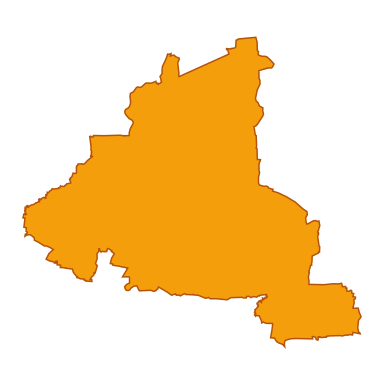 Kota Tangerang, Banten, Indonesia
{"feature_id": "22746128B7613374511026", "entity_name": "Kota Tangerang", "entity_type": "district", "adm_level": 2, "iso_a3": "IDN", "parent_name": "Indonesia", "parent_adm1": "Banten", "projection": "robinson", "projection_center": [106.652, -6.177], "detail": "fine", "context": "isolated", "style": "filled", "palette": "amber", "viewbox_px": 384, "rotation_deg": 0, "n_neighbors": 0, "source": "geoboundaries", "source_scale": "gbopen_adm2", "svg_char_len": 5912}
<svg xmlns="http://www.w3.org/2000/svg" viewBox="0 0 384 384"><path d="M255.8,37.3L238.2,39.0L237.8,39.6L236.1,40.2L235.7,47.1L234.4,48.1L231.1,48.5L230.8,49.0L226.5,48.6L226.6,49.6L227.7,49.8L228.9,54.1L179.1,76.6L178.7,76.0L178.9,73.0L177.7,63.0L179.3,59.1L179.1,58.1L175.8,56.8L174.0,55.1L170.3,55.9L170.9,54.9L170.5,54.8L170.9,53.6L169.2,54.3L167.6,54.1L166.5,57.8L162.4,66.7L162.0,70.9L162.1,73.6L160.0,76.5L161.2,80.0L161.0,80.8L161.6,81.9L161.3,82.2L160.0,83.3L158.8,83.5L158.5,84.1L158.0,83.5L157.4,83.9L157.2,83.2L156.3,83.1L155.9,81.3L151.6,83.1L145.8,83.1L141.5,87.0L139.9,87.4L137.6,87.0L136.5,87.5L133.4,91.8L130.4,93.4L130.0,96.3L130.6,102.0L130.3,104.3L129.1,107.0L127.9,108.2L125.7,109.4L124.8,111.3L125.0,113.2L126.0,114.9L129.1,118.6L131.9,120.1L133.1,121.7L133.2,123.3L130.5,128.2L129.9,130.0L129.3,132.4L129.1,135.6L124.6,135.7L124.4,136.1L123.6,135.6L121.3,135.6L121.0,135.2L103.2,135.7L93.4,135.5L93.4,136.8L91.4,137.0L90.7,136.2L89.7,136.5L91.0,146.1L91.0,150.5L91.6,151.4L91.7,152.2L91.3,152.7L91.5,155.4L90.9,155.3L90.7,156.4L92.2,156.7L87.5,160.5L84.6,163.7L82.9,164.3L82.0,163.8L78.1,164.0L77.4,165.6L76.6,166.0L76.4,167.0L76.4,173.0L75.3,173.5L73.1,173.1L72.0,176.5L70.4,178.0L70.6,178.9L69.6,179.1L69.9,180.7L70.8,182.2L70.6,183.0L66.6,183.9L66.0,185.0L65.3,185.1L64.0,186.6L62.2,186.2L61.2,186.4L60.5,185.9L59.8,187.6L58.6,187.8L58.6,188.4L53.2,189.1L52.2,188.6L51.3,190.2L49.6,191.1L48.5,192.6L47.8,192.9L47.3,192.4L46.9,195.0L45.8,194.8L46.0,198.0L45.3,198.3L45.2,197.5L43.9,197.3L42.0,198.2L40.6,199.9L39.9,199.8L39.8,198.8L39.5,198.8L38.7,199.5L39.3,201.6L38.6,201.3L37.9,202.3L35.6,203.0L34.0,204.3L30.9,205.1L30.6,205.6L29.1,206.1L28.4,207.2L27.8,207.2L27.7,205.6L27.2,205.6L26.1,206.5L25.8,208.4L25.1,207.8L25.0,208.9L25.6,209.8L24.7,210.4L24.7,211.1L25.6,212.3L25.0,213.1L26.3,214.3L25.5,214.7L25.2,214.3L23.8,214.2L23.4,216.0L23.0,217.9L25.0,218.1L23.9,227.3L26.3,227.7L26.1,231.4L27.1,232.0L27.3,232.8L26.3,233.9L25.3,234.2L25.0,236.3L26.9,235.0L29.8,234.7L31.2,235.3L34.3,237.9L34.4,240.2L37.7,241.8L44.4,246.0L46.5,246.0L50.0,247.5L53.3,249.5L49.0,253.5L46.1,259.2L49.3,260.8L54.5,262.2L54.4,263.0L55.8,263.1L55.9,261.2L57.3,261.2L57.1,264.8L60.6,265.2L60.3,267.5L65.2,267.8L65.6,267.9L65.6,268.2L72.5,269.1L73.3,272.3L76.7,276.5L77.4,276.7L76.9,277.6L79.3,278.2L80.1,278.8L84.2,279.1L84.3,280.2L85.7,280.3L85.7,281.0L91.9,281.5L91.8,279.5L90.2,279.4L91.3,277.4L93.8,275.0L94.0,272.8L94.9,273.3L95.3,272.5L97.3,265.7L95.5,263.7L97.2,258.5L97.0,253.5L98.7,251.6L98.9,248.7L99.5,248.8L99.9,250.6L101.1,252.1L101.9,251.5L106.1,251.7L106.6,250.8L106.8,251.0L107.5,248.6L108.4,248.6L111.8,250.8L111.4,251.4L114.3,253.7L111.7,258.0L110.3,263.5L112.8,264.1L112.8,265.1L113.7,265.4L118.8,266.1L123.0,267.2L124.2,267.1L126.7,268.1L127.1,267.7L127.8,268.1L122.5,276.9L129.0,276.8L129.5,277.6L129.5,283.1L126.6,284.4L124.7,286.6L125.0,288.3L125.9,289.9L126.7,290.4L128.2,290.5L130.0,289.7L130.7,288.3L133.9,286.2L136.8,285.8L139.3,290.8L150.9,290.3L154.0,291.4L156.0,290.6L156.4,289.8L157.8,288.9L158.5,287.0L167.2,292.1L171.5,295.2L175.5,293.9L176.2,295.2L179.2,295.1L180.3,295.9L184.6,293.6L185.6,294.5L192.9,294.8L193.1,294.4L194.1,295.0L198.0,295.2L205.7,298.3L208.6,297.5L210.4,298.8L216.1,298.7L227.1,299.8L230.7,297.7L242.0,297.3L243.8,298.0L246.3,297.9L246.5,296.5L248.9,296.3L250.9,297.6L253.3,296.6L257.0,297.1L258.4,295.7L259.5,296.0L260.2,295.2L266.4,294.5L266.1,296.0L266.6,296.3L267.7,295.9L266.8,296.7L266.6,298.0L265.0,297.5L264.5,298.9L262.5,298.0L262.6,298.9L263.2,299.7L263.0,300.0L262.0,299.9L261.5,302.0L261.2,301.4L260.7,301.4L260.0,302.4L260.2,300.6L258.5,301.4L258.1,302.5L257.0,303.3L257.3,304.5L258.0,304.4L258.2,304.9L258.3,305.3L257.9,305.3L258.3,306.5L257.2,307.2L256.8,308.3L254.9,309.7L255.4,310.4L254.5,312.1L255.0,312.3L255.8,313.7L254.9,313.8L254.5,314.9L255.2,315.3L255.5,316.2L256.3,315.6L259.2,315.8L261.4,320.7L261.7,322.9L263.2,322.1L265.9,323.3L272.5,323.5L272.7,323.9L272.0,329.8L270.6,337.8L274.7,338.1L275.2,339.5L276.8,341.7L278.9,343.0L282.5,344.3L284.7,346.7L284.3,344.2L284.8,341.0L285.9,340.2L290.5,338.8L295.6,338.5L312.7,338.9L312.3,336.7L313.3,336.5L315.4,337.3L316.3,339.6L317.9,340.1L318.2,339.4L318.1,336.9L318.9,336.7L319.9,336.8L319.9,337.4L322.9,337.5L324.7,337.1L326.4,337.2L326.5,336.3L329.7,335.9L340.3,335.6L342.2,336.0L345.5,335.1L348.3,335.1L349.8,334.6L352.5,335.0L353.0,332.4L360.2,333.8L359.9,333.0L358.7,332.1L357.7,328.1L358.5,320.5L359.2,319.1L360.5,317.9L361.0,316.5L359.2,312.3L358.2,308.1L353.1,308.3L353.0,307.8L354.2,302.6L353.8,299.7L355.3,298.8L355.5,297.1L352.9,296.6L353.7,293.6L351.7,293.0L351.7,290.8L350.9,290.2L348.7,291.3L346.8,291.1L346.8,288.1L345.7,288.1L345.6,286.5L342.4,286.6L341.6,283.3L338.6,283.9L332.8,283.8L324.0,284.7L308.9,284.4L309.0,280.5L308.4,278.1L308.5,276.3L309.4,272.2L308.8,271.9L310.5,265.7L311.7,265.0L311.3,264.6L311.9,262.3L312.2,256.0L318.3,253.1L318.5,252.1L319.5,252.1L319.7,246.6L319.1,246.3L317.8,237.4L317.8,235.7L318.7,234.0L318.0,233.4L318.4,232.5L317.6,231.9L318.7,230.0L318.5,229.6L319.8,225.6L318.9,221.0L317.3,221.4L315.6,220.5L313.2,220.9L307.9,223.8L306.7,224.0L306.0,221.6L305.7,218.2L306.2,216.3L306.7,216.0L307.3,214.4L306.9,211.5L303.3,209.2L295.0,201.9L286.1,196.6L278.1,192.8L272.6,191.1L273.0,189.3L268.8,188.2L267.8,186.7L266.6,186.1L263.9,186.3L259.6,185.1L258.5,183.1L258.5,177.2L259.6,172.5L258.8,169.7L259.1,168.5L258.9,166.1L259.2,162.9L260.1,161.4L260.5,159.6L257.3,159.5L257.0,148.6L256.1,148.1L256.6,146.4L256.2,135.6L255.4,135.2L255.2,134.4L254.0,126.6L255.9,125.9L257.7,123.9L262.7,116.2L263.5,113.9L262.7,110.7L262.9,107.9L259.5,106.1L257.9,102.5L256.1,100.9L255.5,98.5L257.2,90.1L260.0,84.0L259.9,80.1L259.0,78.4L258.9,70.6L267.9,68.0L271.5,67.9L272.4,67.2L274.0,64.0L269.9,59.5L266.9,56.9L265.1,56.3L262.1,56.3L258.7,55.2L257.9,53.8L258.6,51.8L257.3,50.4L257.1,42.2L255.8,37.3Z" fill="#f59e0b" stroke="#b45309" stroke-width="1.5"/></svg>